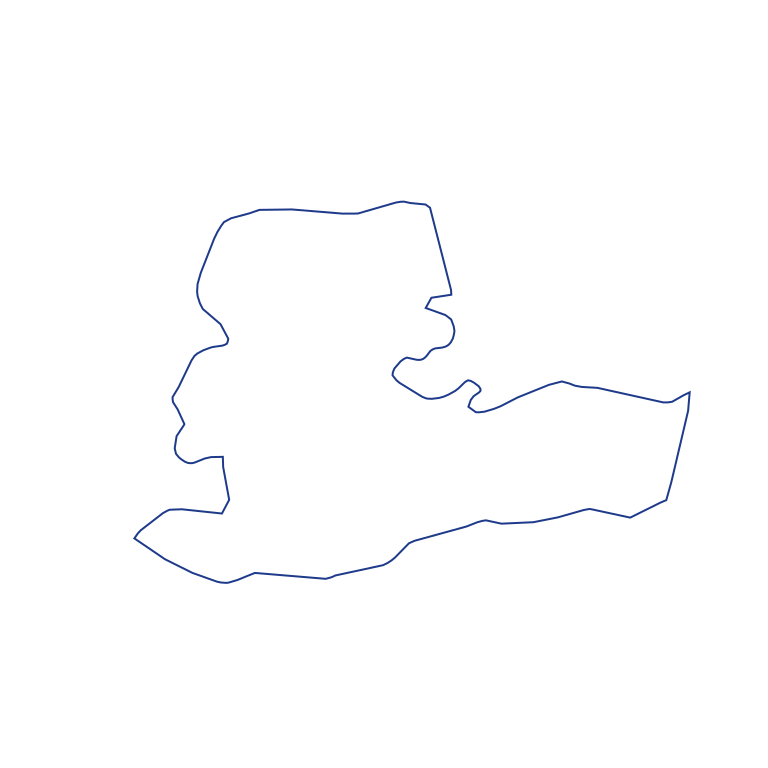 the border of Suchitepéquez, rotated 251°
{"feature_id": "GTM-1952", "entity_name": "Suchitepéquez", "entity_type": "Department", "adm_level": 1, "iso_a3": "GTM", "parent_name": "Guatemala", "parent_adm1": "", "projection": "robinson", "projection_center": [-91.398, 14.394], "detail": "fine", "context": "isolated", "style": "outline", "palette": "blue", "viewbox_px": 768, "rotation_deg": 251, "n_neighbors": 0, "source": "natural_earth", "source_scale": "10m", "svg_char_len": 2193}
<svg xmlns="http://www.w3.org/2000/svg" viewBox="0 0 768 768"><g transform="rotate(251 384 384)"><path d="M259.6,662.8L197.8,623.8L182.3,613.1L181.8,606.3L177.5,573.3L198.2,539.1L199.0,537.3L199.8,532.1L201.3,504.9L204.7,480.2L213.7,449.6L221.9,436.0L222.6,432.2L222.9,426.8L222.4,415.8L225.8,361.9L225.3,355.8L216.2,337.6L214.7,333.5L213.6,329.1L213.0,324.2L218.8,275.6L218.5,273.3L218.4,270.6L218.8,265.4L247.4,200.4L247.0,192.3L246.4,181.7L246.8,172.4L247.3,170.1L249.5,165.0L251.5,161.7L267.9,141.2L289.7,119.8L319.3,97.7L322.8,102.5L324.9,106.4L333.9,133.0L334.7,137.6L334.9,140.4L331.4,152.0L314.3,188.6L324.9,199.9L357.9,204.9L367.6,207.9L371.2,196.6L371.9,190.2L371.4,179.8L371.5,177.4L372.2,175.0L373.3,172.8L375.3,170.5L378.8,167.8L381.4,166.2L385.8,164.6L391.4,165.2L402.2,170.9L410.5,181.7L411.1,182.2L427.3,180.6L435.5,178.6L438.2,179.1L440.4,179.8L447.9,188.8L468.9,209.6L472.2,213.9L473.6,217.4L474.7,224.2L474.9,231.8L474.7,234.3L472.9,243.7L472.9,246.2L473.3,248.6L475.4,250.3L477.5,251.5L493.8,248.9L513.9,237.1L520.3,236.2L527.8,236.4L532.0,237.3L539.1,240.2L548.7,246.9L576.9,270.9L582.0,276.0L586.6,281.6L589.2,285.4L590.5,293.5L589.2,312.1L589.2,322.9L579.0,353.8L558.5,400.5L553.7,414.7L551.7,454.3L550.9,459.0L549.9,462.3L546.6,467.7L540.2,481.7L535.7,484.9L451.1,478.0L446.5,476.7L450.1,456.9L442.3,448.2L429.1,464.6L423.2,468.5L416.0,468.7L411.3,467.9L408.5,466.5L404.8,464.1L401.7,460.8L400.2,458.2L399.5,455.8L399.3,453.4L399.5,450.9L401.0,444.0L400.9,441.4L400.2,438.7L396.6,433.3L395.6,431.2L395.0,429.3L394.9,427.0L395.4,424.9L396.2,422.9L401.5,414.2L401.3,411.1L400.0,407.0L395.3,398.9L392.2,396.2L389.4,394.9L383.5,397.0L380.1,399.0L359.4,416.0L356.9,418.9L355.9,420.6L354.4,424.5L352.9,431.4L352.6,436.6L353.0,441.8L354.3,449.1L355.7,453.2L359.2,460.6L359.8,462.5L360.1,464.7L358.6,467.1L356.1,469.4L351.1,472.8L348.1,473.6L346.1,473.0L345.1,471.2L343.3,464.8L340.7,460.9L335.0,456.4L327.5,461.6L326.4,464.3L325.1,470.0L324.7,480.1L325.0,486.7L327.8,506.3L329.5,539.6L328.5,553.0L324.0,559.6L320.3,563.9L316.8,570.1L310.9,584.5L275.6,642.2L274.1,646.8L273.4,650.7L275.8,663.5L276.6,670.3L259.6,662.8Z" fill="none" stroke="#1e3a8a" stroke-width="2"/></g></svg>